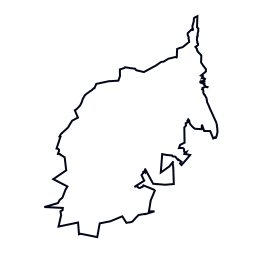 Ramos Arizpe, Coahuila, Mexico, rotated 266°
{"feature_id": "50627088B1488755030545", "entity_name": "Ramos Arizpe", "entity_type": "district", "adm_level": 2, "iso_a3": "MEX", "parent_name": "Mexico", "parent_adm1": "Coahuila", "projection": "natural_earth1", "projection_center": [-101.014, 25.924], "detail": "fine", "context": "isolated", "style": "outline", "palette": "ink", "viewbox_px": 256, "rotation_deg": 266, "n_neighbors": 0, "source": "geoboundaries", "source_scale": "gbopen_adm2", "svg_char_len": 5180}
<svg xmlns="http://www.w3.org/2000/svg" viewBox="0 0 256 256"><g transform="rotate(266 128 128)"><path d="M171.2,209.0L171.2,208.9L171.4,208.7L171.5,208.4L171.6,208.2L171.8,208.0L171.8,207.9L172.0,207.7L172.2,207.4L172.2,207.2L172.3,207.1L172.3,206.8L172.4,206.6L172.5,206.6L172.6,206.0L172.7,205.9L172.6,205.3L174.0,206.2L174.5,206.4L175.2,204.5L179.0,209.7L181.3,209.8L182.2,209.2L182.4,209.0L183.6,208.4L184.2,207.7L184.5,207.7L185.0,207.3L187.4,206.0L187.8,205.7L188.4,205.5L188.8,205.5L194.8,206.2L195.4,205.9L195.6,206.0L197.1,204.8L199.1,203.1L199.7,202.7L200.1,202.7L200.4,202.4L200.8,202.3L201.2,202.4L201.9,202.2L202.3,202.2L203.4,201.4L204.2,200.9L205.8,203.6L206.9,203.8L207.1,203.8L207.3,203.7L207.5,203.6L207.7,203.3L208.4,203.0L208.7,203.1L209.5,203.2L210.5,202.9L210.9,202.9L211.4,202.9L211.9,203.0L213.2,203.3L213.4,203.4L213.6,203.4L213.9,203.3L214.3,203.2L214.8,203.6L215.0,204.0L216.9,204.0L217.8,204.3L218.6,204.4L218.8,204.5L219.2,204.7L219.5,204.8L220.2,204.9L220.7,204.9L221.1,204.9L221.9,205.0L222.1,205.1L222.3,205.1L223.7,203.9L234.7,205.0L233.3,201.7L232.4,201.4L231.8,201.2L229.9,201.1L229.5,200.9L229.1,200.8L228.7,200.6L228.3,200.5L227.8,200.3L227.4,200.2L227.1,200.1L226.7,199.9L226.4,199.8L226.0,199.6L225.3,199.5L225.0,199.4L224.6,199.3L224.3,199.3L224.1,199.3L223.8,199.4L223.3,199.4L222.1,199.7L221.8,199.8L221.7,199.8L221.4,199.7L221.3,199.4L221.3,199.1L221.3,198.9L221.5,198.7L221.7,198.4L221.8,198.2L218.5,194.3L218.0,194.1L217.5,194.1L217.3,194.0L216.7,194.0L216.0,194.3L215.6,194.4L215.3,194.5L214.8,194.8L214.5,194.9L214.3,194.9L214.0,194.8L213.8,194.7L213.6,194.6L213.0,194.6L212.4,194.8L212.0,194.9L211.7,194.9L211.4,194.9L211.2,194.9L210.2,195.0L209.6,195.0L204.9,188.3L204.2,185.1L203.4,182.5L195.3,181.6L195.0,181.4L195.5,180.3L194.3,173.1L191.8,168.4L191.5,165.5L188.4,160.3L182.7,147.8L185.0,140.4L185.1,140.2L186.1,139.6L186.6,139.3L186.8,138.7L187.0,137.4L187.3,135.8L188.8,129.3L188.1,128.6L187.0,124.0L180.3,123.6L175.9,121.7L176.0,112.0L175.9,111.4L174.2,99.4L170.0,97.3L170.1,96.6L168.5,94.8L167.9,93.9L167.3,92.6L166.5,91.6L165.4,89.6L164.8,88.7L164.6,88.5L163.8,87.4L162.9,86.7L162.2,86.3L161.4,85.7L161.2,85.6L160.3,85.1L159.7,84.7L156.9,83.6L153.7,81.7L150.4,78.1L149.4,76.2L144.1,78.0L141.9,78.8L139.2,72.8L135.2,69.9L132.7,68.3L126.7,60.7L124.3,59.1L124.0,60.0L112.5,55.3L112.3,56.2L111.8,57.2L110.8,57.7L109.6,57.5L108.6,57.0L107.6,56.5L107.0,56.3L107.0,56.5L107.1,56.8L107.2,57.0L107.1,57.4L107.0,57.5L106.8,57.9L106.8,58.0L106.6,58.0L105.8,59.2L103.1,62.8L94.5,63.2L90.1,63.4L88.3,60.4L86.9,58.0L82.2,49.9L73.9,63.5L71.4,61.7L71.2,61.6L70.7,61.3L70.4,61.1L63.2,57.8L61.0,54.9L58.0,52.9L55.0,39.0L52.8,57.4L50.6,57.0L49.6,54.8L45.7,55.2L34.5,51.8L37.2,71.6L25.4,71.7L25.8,73.4L21.3,89.7L34.8,93.1L36.2,104.0L40.3,116.1L33.5,119.8L33.6,120.4L33.9,124.6L34.4,125.9L38.6,130.3L40.5,132.6L41.1,138.7L40.8,139.0L43.0,148.6L43.4,143.1L54.2,145.6L63.7,150.4L64.7,149.5L69.7,139.3L68.2,138.3L68.1,137.3L67.5,136.3L67.4,135.3L67.5,134.8L67.8,134.3L68.3,133.7L69.5,132.7L68.8,130.3L74.3,140.5L80.0,138.2L82.1,140.1L83.0,140.1L83.1,141.1L82.7,141.6L84.0,141.4L84.4,142.4L86.4,142.0L70.6,149.2L68.8,161.1L68.9,169.8L85.5,170.4L90.0,170.1L91.6,171.0L86.8,166.6L84.4,162.7L83.1,160.6L81.3,157.6L99.6,160.3L98.4,164.6L98.0,167.2L97.5,170.2L97.3,170.3L96.8,170.5L96.6,170.5L96.1,173.2L92.7,175.6L93.1,176.0L90.6,178.9L89.0,177.4L87.3,178.8L92.0,183.5L96.7,188.1L97.1,186.8L98.0,183.4L99.9,184.6L99.0,182.7L100.1,183.1L100.6,182.3L102.3,182.5L102.8,182.4L103.1,182.4L104.3,181.3L104.4,177.4L107.6,178.9L109.4,183.4L124.4,184.2L124.6,184.2L126.4,186.0L128.7,185.9L129.6,188.0L131.0,187.7L132.4,188.7L131.0,189.6L128.9,189.7L128.0,190.2L127.0,190.6L124.3,192.8L123.4,193.8L122.7,194.3L122.5,195.4L121.7,201.3L126.2,202.0L119.7,203.8L119.3,208.6L119.2,209.8L111.6,212.3L112.2,213.5L112.4,213.9L112.5,214.0L112.0,214.3L112.1,215.1L112.4,215.2L115.0,216.2L117.8,217.0L121.5,217.0L123.1,216.9L125.2,216.8L127.4,216.4L134.4,213.8L138.5,212.3L140.2,211.6L146.0,209.6L148.0,208.8L152.3,208.4L153.9,207.6L154.2,207.4L155.3,207.1L155.5,207.0L156.0,206.3L156.5,206.1L156.8,206.1L157.2,205.9L158.1,205.5L159.0,205.7L160.1,205.8L161.0,205.4L161.4,204.6L162.0,204.9L162.1,205.0L162.4,205.5L162.6,205.7L162.8,205.9L163.0,206.3L163.1,206.1L163.3,206.6L163.4,207.0L163.5,207.6L163.8,207.7L163.8,207.8L163.8,208.0L163.4,209.1L163.1,210.1L163.3,210.2L163.5,209.5L163.7,208.9L163.9,208.3L164.0,208.1L164.2,207.9L164.3,207.9L164.6,207.8L164.8,207.7L165.1,207.7L165.3,207.6L165.5,207.5L165.6,207.4L165.7,207.2L166.0,206.6L166.2,206.1L166.2,206.3L166.0,206.8L166.8,207.2L166.8,206.9L167.0,206.2L167.2,205.8L167.3,205.7L167.4,205.3L167.7,204.8L168.3,203.4L168.5,203.4L168.9,203.4L169.1,203.4L169.3,203.4L169.4,203.5L169.5,203.6L169.6,203.9L169.6,204.0L169.5,204.3L169.5,204.6L169.4,204.9L169.2,205.4L169.2,205.5L168.6,206.6L168.9,207.0L169.0,207.1L169.1,206.8L169.2,206.7L169.5,206.0L169.7,206.4L169.8,206.4L169.8,206.5L169.7,206.7L169.8,206.7L170.0,206.9L170.0,207.0L170.3,207.1L170.5,207.2L170.6,207.3L171.1,207.3L171.1,207.6L171.2,207.8L171.2,208.2L171.3,208.3L171.3,208.7L171.2,208.8L171.2,209.0Z" fill="none" stroke="#020617" stroke-width="2"/></g></svg>